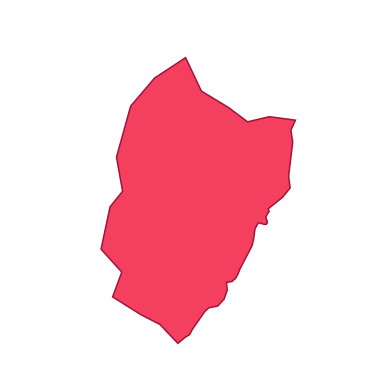 the border of Bartın, rotated 144°
{"feature_id": "TUR-5521", "entity_name": "Bartın", "entity_type": "Province", "adm_level": 1, "iso_a3": "TUR", "parent_name": "Turkey", "parent_adm1": "", "projection": "natural_earth1", "projection_center": [32.482, 41.593], "detail": "fine", "context": "isolated", "style": "filled", "palette": "rose", "viewbox_px": 384, "rotation_deg": 144, "n_neighbors": 0, "source": "natural_earth", "source_scale": "10m", "svg_char_len": 753}
<svg xmlns="http://www.w3.org/2000/svg" viewBox="0 0 384 384"><g transform="rotate(144 192 192)"><path d="M66.1,189.3L75.6,183.9L81.2,173.2L103.4,149.2L105.1,147.0L110.2,137.6L121.7,134.5L140.3,133.6L141.0,130.9L143.8,130.0L147.3,128.0L148.0,125.0L149.0,123.0L150.8,122.2L152.4,123.1L155.5,127.2L156.6,128.0L162.6,125.2L170.2,117.3L175.2,113.1L198.7,101.4L202.7,98.8L207.3,96.6L212.2,96.1L217.3,98.5L221.2,91.8L229.1,86.4L238.3,84.6L246.3,88.4L251.8,87.8L272.6,80.6L277.7,78.0L282.8,78.5L292.4,77.8L295.8,103.6L305.4,122.6L317.9,153.8L295.9,168.5L299.2,199.2L267.0,228.2L247.7,233.4L232.6,264.6L191.2,297.5L155.4,306.2L118.2,304.5L125.1,268.1L112.7,238.6L105.8,216.1L85.2,207.5L66.1,189.3Z" fill="#f43f5e" stroke="#9f1239" stroke-width="1.5"/></g></svg>